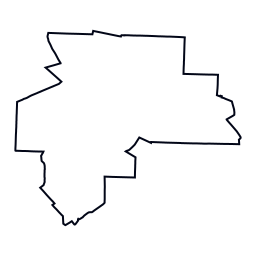 Nana, Calarasi, Romania (Robinson projection)
{"feature_id": "2599482B6717067498389", "entity_name": "Nana", "entity_type": "district", "adm_level": 2, "iso_a3": "ROU", "parent_name": "Romania", "parent_adm1": "Calarasi", "projection": "robinson", "projection_center": [26.612, 44.3], "detail": "fine", "context": "isolated", "style": "outline", "palette": "ink", "viewbox_px": 256, "rotation_deg": 0, "n_neighbors": 0, "source": "geoboundaries", "source_scale": "gbopen_adm2", "svg_char_len": 3983}
<svg xmlns="http://www.w3.org/2000/svg" viewBox="0 0 256 256"><path d="M234.0,109.3L233.8,108.4L232.5,103.8L231.9,101.5L231.6,101.3L228.7,100.1L225.8,99.0L223.9,98.1L221.5,97.4L221.8,96.2L220.3,95.7L219.7,96.3L216.9,95.2L217.2,91.7L217.5,88.3L217.7,84.7L217.8,79.8L218.0,74.8L212.3,74.6L209.2,74.6L201.2,74.4L195.0,74.2L183.5,73.9L183.7,67.2L183.9,63.6L183.9,61.7L184.0,60.6L184.1,58.0L184.1,56.6L184.2,53.6L184.3,50.6L184.4,46.8L184.5,43.6L184.7,38.6L184.8,37.4L184.1,37.3L179.0,37.0L169.8,36.6L167.3,36.6L162.4,36.4L158.4,36.3L154.4,36.1L146.7,35.8L145.6,35.8L143.0,35.7L139.8,35.6L138.9,35.6L137.6,35.6L132.9,35.5L128.6,35.3L124.4,35.2L124.4,35.4L124.0,35.4L121.7,35.2L121.5,35.3L121.3,35.4L121.2,35.5L121.1,35.8L120.9,36.5L118.6,36.1L115.6,35.5L111.2,34.6L109.7,34.3L108.3,34.0L104.3,33.2L101.5,32.6L94.5,31.2L93.6,31.0L93.2,30.9L92.4,34.3L79.2,33.9L75.5,33.8L67.2,33.6L48.3,32.9L47.5,36.3L47.7,37.7L48.1,38.7L48.5,41.0L50.5,44.9L52.2,48.8L55.1,53.3L56.7,56.3L58.3,59.4L60.6,63.1L60.6,63.3L60.2,63.4L54.4,65.1L48.0,66.9L45.6,67.6L50.6,72.0L59.8,80.2L61.4,81.7L58.9,83.9L54.8,85.6L43.1,90.5L35.1,93.9L31.9,95.2L30.6,95.8L29.1,96.6L27.4,97.6L27.0,97.8L25.8,98.3L24.5,98.7L23.8,98.9L23.1,99.3L22.5,99.7L22.2,99.8L20.7,100.4L17.1,101.9L17.1,102.2L17.0,104.2L17.0,105.4L16.8,110.4L16.7,113.8L16.6,115.0L16.5,118.6L16.5,118.9L16.5,120.1L16.5,120.6L16.4,121.1L16.4,122.7L16.4,123.3L16.4,123.7L16.3,124.8L16.3,126.9L16.1,130.1L16.1,131.1L16.0,133.0L15.9,134.7L15.6,144.7L15.5,146.7L15.4,148.7L15.4,149.5L15.4,150.5L15.5,150.7L16.1,150.8L16.6,150.8L17.4,150.8L20.3,150.9L22.3,151.0L24.8,151.0L27.8,151.1L31.3,151.3L33.7,151.4L37.7,151.5L39.5,151.5L43.4,151.6L43.1,152.3L42.9,152.8L42.1,154.0L41.7,154.9L41.3,155.5L41.2,155.7L41.1,155.8L41.1,156.0L41.3,157.3L41.4,158.9L41.5,159.8L41.6,160.7L41.6,160.8L41.8,161.1L42.3,161.6L43.8,163.0L44.0,163.3L44.1,163.5L44.5,164.9L44.6,165.3L44.6,165.6L44.7,166.1L44.7,166.6L44.7,167.8L44.8,168.7L44.8,169.0L44.8,169.4L44.7,169.6L44.6,169.9L44.6,170.2L44.6,172.1L44.5,173.6L44.5,174.6L44.5,174.9L44.5,175.3L44.5,175.8L44.5,176.6L44.5,176.8L44.5,177.2L44.7,177.8L44.7,178.3L44.7,178.5L44.7,178.8L44.6,179.8L44.6,180.1L44.6,180.7L44.6,181.3L44.6,181.6L44.7,181.9L43.5,185.2L43.3,185.3L41.1,187.0L40.2,187.7L42.9,190.6L47.0,195.3L49.3,197.8L50.5,199.1L53.1,201.8L54.5,203.5L52.4,205.0L54.2,207.1L56.6,209.5L58.5,211.6L59.4,212.6L60.6,213.8L61.3,214.6L62.6,215.8L62.9,216.1L63.0,218.0L63.3,223.7L63.6,223.9L64.4,224.5L65.3,225.1L65.5,225.0L65.8,224.9L66.5,224.5L67.1,224.1L68.2,223.5L68.4,223.3L69.4,222.8L70.1,222.3L70.4,222.1L71.8,221.2L74.2,224.3L74.5,224.5L74.9,224.5L75.4,224.2L76.4,222.9L78.0,220.7L78.0,219.8L78.0,219.2L78.2,218.9L78.3,219.0L78.6,219.1L79.1,219.3L79.3,219.2L79.6,219.1L79.8,219.0L80.4,218.7L80.7,218.5L81.7,217.9L82.7,217.2L82.8,217.2L83.0,216.9L83.4,216.5L83.6,216.3L83.8,216.1L84.2,215.6L85.3,214.8L85.5,214.6L85.8,214.4L87.4,213.2L88.0,212.8L88.2,212.7L88.4,212.6L88.7,212.4L89.0,212.4L89.3,212.3L90.1,212.2L90.6,212.2L90.8,212.2L91.0,212.2L91.9,212.2L92.6,211.8L94.4,210.4L99.0,207.2L101.8,205.2L102.7,204.6L103.5,203.9L104.1,203.3L104.5,202.9L104.6,202.7L104.6,202.1L104.6,201.2L104.7,199.0L104.7,196.8L104.7,194.7L104.7,190.2L104.8,186.9L104.6,176.6L112.2,176.9L119.7,177.1L134.9,177.5L135.0,171.8L135.2,166.8L135.2,166.1L135.2,165.2L135.3,163.5L135.3,161.2L135.4,159.6L135.5,157.3L127.2,152.3L125.7,151.4L126.3,151.0L128.7,150.2L129.5,149.7L132.3,147.1L134.6,144.8L135.1,144.1L139.3,137.5L144.5,139.9L151.0,142.9L151.1,142.0L163.7,142.5L165.7,142.6L180.7,143.0L181.4,143.1L193.4,143.4L196.4,143.4L203.1,143.6L204.0,143.7L209.2,143.6L223.1,143.9L231.8,144.0L239.2,144.2L239.0,140.4L238.9,139.9L238.9,139.7L239.1,139.5L239.8,138.9L240.4,138.3L240.6,137.9L240.6,137.6L240.6,137.2L239.6,135.5L238.8,134.3L236.8,131.4L230.9,124.5L229.8,123.3L227.2,120.3L226.6,119.5L226.6,119.4L232.9,115.8L234.1,115.0L234.3,114.8L234.4,112.3L234.2,110.8L234.1,109.7L234.1,109.4L234.0,109.3Z" fill="none" stroke="#020617" stroke-width="2"/></svg>